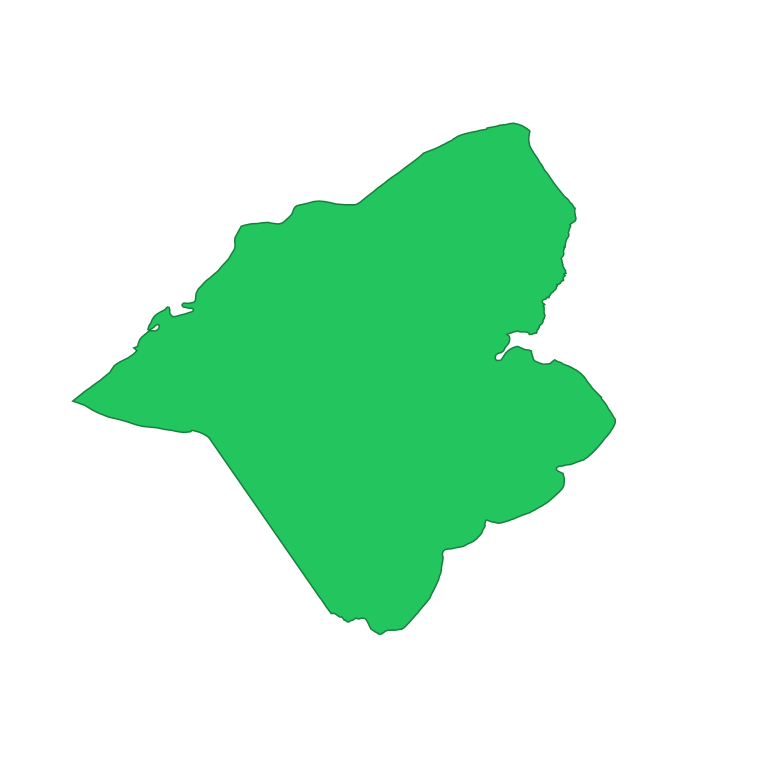 Prasat Sambour, Kâmpóng Thum, Cambodia, rotated 55°
{"feature_id": "14789045B86193170261556", "entity_name": "Prasat Sambour", "entity_type": "district", "adm_level": 2, "iso_a3": "KHM", "parent_name": "Cambodia", "parent_adm1": "Kâmpóng Thum", "projection": "natural_earth1", "projection_center": [105.145, 12.863], "detail": "fine", "context": "isolated", "style": "filled", "palette": "green", "viewbox_px": 768, "rotation_deg": 55, "n_neighbors": 0, "source": "geoboundaries", "source_scale": "gbopen_adm2", "svg_char_len": 6170}
<svg xmlns="http://www.w3.org/2000/svg" viewBox="0 0 768 768"><g transform="rotate(55 384 384)"><path d="M217.7,609.2L218.3,614.8L218.2,620.6L218.5,627.1L218.4,632.6L219.5,648.7L229.8,641.4L238.0,637.8L244.1,634.5L253.2,628.5L261.2,621.3L267.7,616.0L274.8,610.8L280.4,605.9L290.1,594.6L295.2,589.9L300.2,584.5L305.3,579.7L308.9,575.7L312.2,569.7L311.7,567.9L316.3,563.9L318.4,562.4L321.9,560.3L326.2,558.5L328.4,558.2L522.0,559.1L524.0,558.9L532.7,559.1L541.8,558.9L542.3,557.9L543.9,555.9L548.2,554.4L549.6,553.7L550.8,552.1L551.5,552.2L552.7,551.9L554.6,552.1L555.4,550.9L557.2,550.8L558.6,549.7L558.8,548.7L558.7,547.1L559.6,544.6L559.5,542.0L560.5,540.7L561.7,539.7L562.3,539.0L562.8,536.8L565.1,534.2L566.7,533.8L569.0,533.9L576.9,535.3L582.9,533.0L585.2,531.8L586.3,531.5L587.3,529.6L587.4,527.3L587.3,524.4L587.9,522.0L592.2,515.8L593.8,512.3L595.0,510.4L595.1,507.8L595.0,506.3L593.7,499.7L591.4,490.3L590.7,486.9L589.8,484.4L587.0,473.5L585.5,468.9L583.8,466.3L579.8,458.6L576.7,453.5L576.2,452.2L573.1,448.6L571.5,446.1L569.6,444.0L566.7,441.7L563.4,438.2L560.3,435.3L556.6,433.7L554.9,431.3L554.7,428.8L555.8,426.4L557.5,423.6L560.6,416.3L562.6,412.0L563.2,405.9L563.8,404.0L564.2,400.4L564.0,398.3L564.0,396.4L563.4,395.0L563.0,392.2L562.1,389.3L560.9,387.7L559.9,386.0L559.0,383.7L558.2,382.6L556.1,381.3L555.1,380.0L554.2,378.7L554.5,377.7L557.5,375.8L559.3,374.3L560.3,373.1L563.5,370.4L564.8,368.0L567.1,361.6L567.7,359.5L568.3,356.6L569.0,354.9L569.3,353.3L569.4,351.6L569.8,350.6L570.8,346.0L573.0,338.4L573.2,335.3L573.7,332.8L573.9,328.7L574.4,325.4L574.7,317.5L574.1,311.1L572.9,302.2L572.3,299.8L572.1,298.4L570.8,295.7L569.8,294.4L565.2,290.7L559.9,288.6L558.5,289.6L555.7,291.1L553.5,291.9L552.0,291.2L551.6,290.3L551.6,289.3L551.8,288.0L552.3,286.8L553.1,285.8L555.0,280.9L556.9,277.4L557.6,275.2L558.5,271.3L560.7,263.7L560.6,262.1L560.7,259.6L560.1,253.6L558.8,246.8L556.9,239.3L555.1,233.7L554.8,232.0L553.5,227.1L552.3,224.6L551.1,221.3L549.1,217.8L547.8,216.4L546.5,215.4L545.1,214.8L543.0,214.9L539.9,214.5L535.8,214.3L533.3,214.4L529.0,213.9L524.7,213.9L520.8,214.4L519.6,213.4L517.4,214.0L507.7,215.6L498.5,216.0L495.2,215.9L492.8,216.0L488.5,216.7L483.7,218.2L478.3,220.8L474.8,222.8L470.2,226.0L468.2,226.6L464.8,229.1L462.1,230.3L462.1,231.5L462.3,234.4L462.7,235.4L462.2,237.1L459.3,242.0L456.0,244.6L451.4,247.4L449.5,247.4L443.0,245.2L441.6,244.3L439.7,245.5L436.6,248.9L431.2,252.1L429.5,253.4L428.7,255.9L428.0,259.6L427.9,262.9L428.4,266.4L431.5,274.2L430.9,276.0L429.1,278.4L426.9,278.2L424.7,276.4L424.2,273.3L425.5,270.0L425.5,267.9L424.9,265.8L423.8,264.1L422.0,258.1L420.2,255.9L418.4,254.7L416.8,254.0L413.8,254.9L416.1,246.8L416.9,245.5L416.9,244.3L418.6,243.3L420.1,241.8L421.2,239.9L422.7,238.0L423.9,237.0L425.7,236.0L426.7,236.6L428.1,234.5L428.5,232.2L429.3,231.0L429.8,229.7L428.5,228.6L427.6,227.3L427.7,226.3L427.1,225.7L426.9,224.4L425.4,223.5L425.6,222.6L425.1,219.9L424.7,218.8L423.9,217.7L422.9,217.2L422.7,216.3L421.9,214.8L421.1,214.1L420.5,213.0L417.8,212.2L412.7,208.7L411.8,208.9L411.0,208.1L411.2,206.8L410.1,206.9L409.2,207.5L407.3,207.3L406.8,206.6L406.4,205.6L406.5,204.7L407.1,203.4L407.1,202.3L406.5,200.7L407.9,199.5L407.3,198.6L406.6,198.3L406.3,196.3L405.5,195.3L405.6,192.5L405.0,191.2L405.0,189.5L404.6,188.3L403.2,186.7L403.1,185.6L401.9,185.6L401.9,184.7L402.6,183.4L402.2,182.5L402.7,181.8L402.1,181.0L401.5,179.5L402.0,178.6L402.1,177.4L401.3,177.0L400.6,177.1L399.6,176.0L399.2,174.7L399.2,173.5L397.6,173.8L396.9,173.3L397.9,171.5L396.1,170.9L395.0,170.1L393.6,170.3L390.7,169.8L389.3,169.8L388.7,168.8L387.7,168.8L384.8,167.3L383.5,167.2L382.7,166.7L381.6,163.4L381.0,162.4L378.3,160.9L377.3,160.1L376.9,159.0L375.2,158.0L375.8,157.2L372.8,154.6L371.6,153.2L370.2,151.3L368.7,147.6L367.3,146.7L365.8,146.2L362.7,142.3L361.8,140.5L360.0,140.3L360.1,134.0L359.3,132.5L358.2,131.6L356.5,131.0L352.3,129.0L350.5,127.6L349.7,126.6L348.7,127.1L346.2,126.8L344.4,126.8L341.7,127.5L339.9,127.3L337.7,127.5L333.8,128.6L321.7,129.4L315.6,129.6L306.0,129.4L300.7,129.8L294.8,129.1L291.4,129.3L288.6,128.9L280.8,128.8L275.0,128.4L272.4,128.0L267.9,125.9L265.8,124.6L262.5,121.6L261.5,120.4L260.8,119.7L259.9,119.3L259.0,119.9L257.4,120.2L252.0,122.5L248.6,124.8L244.7,128.3L242.8,131.8L241.1,136.1L239.9,137.8L239.5,139.2L238.5,140.5L237.9,142.6L236.2,146.9L234.2,151.0L233.4,152.9L234.2,153.7L231.0,160.6L230.2,162.9L227.2,169.8L225.0,175.6L224.2,178.3L223.4,181.7L223.3,184.4L223.1,186.1L223.3,188.8L222.5,193.6L222.2,197.2L221.7,199.4L221.5,201.8L220.4,208.0L218.8,214.0L217.6,219.4L218.2,223.5L218.6,229.3L218.9,242.7L219.4,249.9L219.2,258.6L219.3,263.8L219.7,267.8L219.9,277.1L220.4,282.5L220.7,289.7L221.4,299.2L221.2,302.8L220.5,305.0L214.6,313.4L208.9,320.2L205.0,323.6L200.3,328.2L196.8,332.4L194.2,337.0L192.3,342.5L188.1,352.7L188.0,355.3L188.8,357.2L192.1,362.3L192.9,366.1L193.4,370.5L193.7,371.9L193.8,374.4L193.0,377.4L191.9,379.3L187.0,384.7L185.6,385.7L184.7,386.9L181.4,392.6L180.1,395.4L177.4,399.6L176.1,402.0L173.8,407.6L172.9,410.5L178.6,422.0L181.3,424.3L185.0,426.4L187.1,428.3L188.0,429.7L190.5,435.6L192.3,439.2L193.7,445.3L194.6,449.8L195.8,453.7L196.2,455.8L197.2,465.5L197.4,470.5L198.4,475.4L199.1,477.9L199.3,479.9L199.8,481.9L202.0,485.9L205.2,488.8L206.6,489.8L207.5,490.9L207.9,492.3L207.5,494.1L206.9,495.5L205.5,498.4L202.9,501.5L202.9,502.8L203.2,503.9L204.0,504.4L205.4,504.3L206.2,504.0L207.8,502.3L209.9,500.4L211.9,497.9L212.9,497.3L214.1,497.6L214.6,498.6L214.7,499.7L212.5,506.8L211.0,510.6L209.5,515.0L208.5,517.3L207.7,518.3L206.2,518.8L203.6,519.0L202.0,518.2L200.4,516.9L197.9,516.1L196.7,517.4L196.9,518.9L197.5,520.7L196.8,525.7L196.5,529.5L196.8,532.6L197.2,534.2L198.3,536.9L200.3,540.1L201.4,543.0L204.0,546.2L205.1,545.1L205.5,542.9L205.5,540.1L205.0,537.2L205.5,535.0L207.2,534.7L208.5,535.6L209.6,537.4L209.5,540.9L207.5,543.2L205.8,546.2L206.6,554.7L206.9,556.6L207.5,558.6L209.0,560.7L209.8,562.0L211.1,563.3L211.7,564.2L211.6,565.7L210.9,568.3L215.0,567.2L215.1,568.3L215.5,569.6L215.8,572.6L215.8,578.7L214.4,587.9L214.2,594.1L216.3,599.9L216.9,600.8L217.3,602.5L217.7,609.2Z" fill="#22c55e" stroke="#15803d" stroke-width="1.5"/></g></svg>